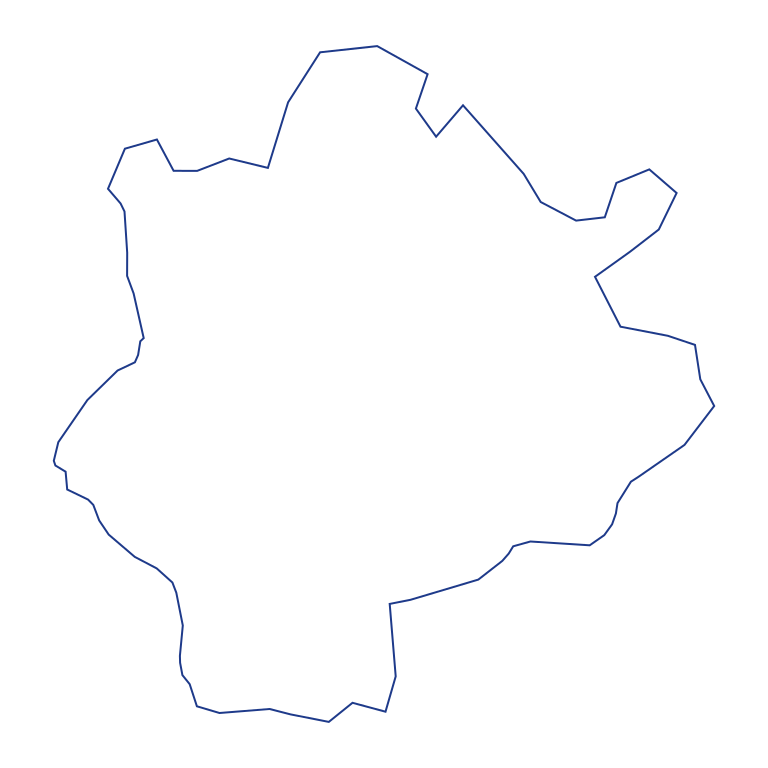 an SVG outline of Talsi
{"feature_id": "LVA-1091", "entity_name": "Talsi", "entity_type": "Municipality", "adm_level": 1, "iso_a3": "LVA", "parent_name": "Latvia", "parent_adm1": "", "projection": "albers", "projection_center": [22.585, 57.256], "detail": "fine", "context": "isolated", "style": "outline", "palette": "blue", "viewbox_px": 768, "rotation_deg": 0, "n_neighbors": 0, "source": "natural_earth", "source_scale": "10m", "svg_char_len": 1099}
<svg xmlns="http://www.w3.org/2000/svg" viewBox="0 0 768 768"><path d="M649.3,169.4L676.6,193.0L658.8,229.5L630.2,251.6L595.0,276.8L620.5,326.7L667.9,335.8L695.0,344.9L700.3,379.3L714.2,406.0L684.5,444.9L638.5,476.8L630.9,481.7L617.5,503.1L615.9,513.5L612.1,524.3L604.3,535.1L589.7,545.3L530.4,541.5L513.2,546.3L508.7,553.6L502.3,560.9L478.3,579.6L410.5,599.8L389.7,603.9L395.7,676.4L385.5,711.7L352.5,702.8L328.8,721.9L290.6,714.4L269.6,709.0L219.5,713.0L196.9,706.3L189.7,684.2L182.4,675.1L180.1,662.8L179.9,655.9L182.8,625.5L176.3,592.7L172.4,582.5L156.7,568.4L134.8,556.9L108.7,534.6L99.2,520.5L93.3,504.9L88.1,499.6L67.2,489.5L65.6,471.7L55.4,465.5L53.8,460.8L58.3,442.2L87.4,400.0L117.6,370.5L134.9,362.3L138.1,355.0L140.3,341.3L143.7,338.1L133.6,293.4L127.1,275.9L127.2,252.8L124.5,211.5L120.6,203.5L108.0,188.8L124.9,148.7L156.9,139.5L173.6,170.8L197.1,170.9L229.2,158.5L267.9,167.9L288.1,102.3L320.1,52.3L377.2,46.1L427.6,74.2L415.9,108.6L436.1,136.7L463.0,105.3L523.7,173.9L540.7,202.0L576.1,220.6L604.8,217.3L616.4,182.9L649.3,169.4Z" fill="none" stroke="#1e3a8a" stroke-width="2"/></svg>